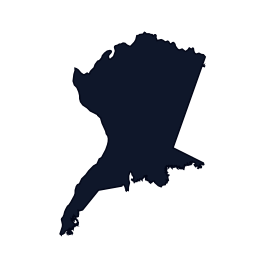 Barrancabermeja, Santander, Colombia (Robinson projection), rotated 345°
{"feature_id": "7082276B38592891469597", "entity_name": "Barrancabermeja", "entity_type": "district", "adm_level": 2, "iso_a3": "COL", "parent_name": "Colombia", "parent_adm1": "Santander", "projection": "robinson", "projection_center": [-73.914, 7.026], "detail": "fine", "context": "isolated", "style": "filled", "palette": "ink", "viewbox_px": 256, "rotation_deg": 345, "n_neighbors": 0, "source": "geoboundaries", "source_scale": "gbopen_adm2", "svg_char_len": 5850}
<svg xmlns="http://www.w3.org/2000/svg" viewBox="0 0 256 256"><g transform="rotate(345 128 128)"><path d="M211.7,68.0L211.1,67.6L210.1,68.2L209.2,68.1L207.9,66.6L206.3,68.0L203.7,69.0L202.8,68.6L200.7,65.8L198.4,66.0L197.4,65.8L196.2,64.6L194.9,61.1L195.0,59.2L194.2,57.3L193.1,57.1L191.6,57.9L190.8,57.9L190.0,57.0L189.6,55.3L188.9,54.4L186.2,54.6L184.2,52.2L182.9,51.3L178.7,51.1L178.3,47.9L179.0,46.0L178.7,45.1L177.9,44.9L175.9,45.7L175.4,45.2L175.7,44.5L175.4,44.0L174.2,43.7L172.7,42.5L170.1,41.9L169.3,40.5L168.6,39.9L166.8,41.3L163.3,40.8L162.0,41.4L160.5,41.1L158.5,44.8L156.5,46.8L151.7,49.8L150.3,49.3L148.2,47.4L147.0,45.5L145.2,44.7L143.0,45.2L141.3,44.8L139.3,45.4L137.1,45.4L136.3,45.8L135.9,46.7L135.9,50.4L133.3,54.3L132.5,55.3L128.7,57.1L127.7,56.7L127.3,54.3L128.3,52.5L131.1,50.7L131.7,49.7L131.4,48.9L130.5,48.5L127.8,48.4L124.7,49.7L122.1,51.5L120.8,53.5L118.6,55.1L117.2,55.8L116.6,55.5L115.8,55.8L112.8,58.2L110.9,61.0L107.2,63.1L105.7,64.4L104.9,65.7L104.3,66.0L102.7,64.4L99.7,65.3L98.5,64.9L96.6,62.6L94.9,59.0L93.5,57.4L92.3,56.6L91.8,58.9L89.8,62.1L87.2,68.5L87.4,72.5L89.2,75.6L89.9,80.3L89.8,84.0L89.0,87.4L89.0,90.4L90.4,94.0L93.9,98.0L96.0,101.7L102.5,107.5L102.1,108.0L104.2,111.2L104.3,116.7L105.7,125.1L105.6,128.0L106.5,130.4L106.4,133.1L105.5,136.0L104.0,138.9L100.9,143.4L94.9,149.8L92.2,150.5L88.8,154.8L84.9,155.8L79.0,159.3L75.2,162.4L70.2,165.2L66.7,169.4L64.5,169.8L63.0,171.1L61.0,174.4L60.1,177.5L58.9,179.4L53.5,185.1L50.9,187.3L49.4,187.9L47.0,190.4L45.2,192.7L43.8,195.3L42.3,197.2L40.6,198.3L40.1,199.2L39.9,204.1L39.3,206.1L35.0,212.7L35.8,213.9L35.9,213.4L37.5,213.6L39.7,212.8L40.3,211.7L41.5,211.1L42.8,211.3L44.9,210.2L45.2,210.4L44.9,210.9L44.2,211.1L44.6,211.2L44.6,211.6L43.9,211.6L43.5,212.1L43.8,212.1L43.7,213.0L43.0,213.4L42.8,213.2L42.6,213.2L42.8,213.5L42.2,213.7L42.5,213.9L42.2,214.7L42.7,214.6L42.8,214.0L43.6,213.5L44.3,214.5L44.0,214.7L44.8,215.2L44.3,215.5L44.5,215.5L44.3,216.1L44.7,215.5L46.5,215.2L46.6,214.8L46.7,215.7L47.2,215.2L46.8,214.2L46.5,214.0L46.3,214.5L45.5,214.8L44.8,214.3L44.5,213.6L44.7,212.4L45.0,212.9L45.2,212.6L45.3,213.3L45.6,213.6L45.3,212.6L45.0,212.3L45.8,212.5L45.4,211.9L45.8,211.3L45.9,211.7L45.8,211.0L46.2,211.6L46.2,210.5L46.6,210.5L46.7,211.4L46.8,210.9L47.1,211.2L47.5,211.2L46.9,210.4L47.8,210.8L47.8,210.5L48.5,209.9L48.5,210.9L48.8,210.7L48.9,211.3L49.2,210.7L48.9,210.7L48.8,209.8L49.3,210.0L48.9,209.6L49.7,208.9L49.9,209.1L50.2,208.2L50.0,209.2L51.3,208.9L51.1,208.3L51.3,207.8L51.8,207.9L51.7,208.4L52.4,208.0L52.2,208.6L52.9,208.1L53.3,208.7L53.0,208.8L53.9,209.1L53.2,208.0L53.9,208.0L53.8,207.8L54.6,207.0L55.0,207.4L55.1,206.7L56.0,206.8L55.3,206.4L55.3,205.5L53.8,207.2L52.8,207.3L52.6,206.6L52.5,207.3L51.7,207.1L50.9,206.0L51.2,205.4L50.9,205.8L50.7,205.6L50.4,203.5L49.4,202.5L49.5,202.2L49.7,202.8L49.8,202.4L50.4,202.9L49.6,201.6L49.8,201.3L50.1,201.6L49.9,201.0L50.5,201.4L51.0,200.9L51.2,201.2L50.8,201.5L51.2,201.5L51.1,201.8L51.5,201.3L51.1,202.5L51.7,203.3L51.7,201.7L52.3,202.9L52.5,202.7L52.0,201.3L53.3,201.9L54.0,202.7L55.0,205.0L54.9,203.3L53.9,201.7L53.6,201.8L53.4,201.0L53.0,201.3L51.6,200.2L51.6,199.6L52.1,199.4L52.1,199.1L53.3,199.4L53.4,198.6L54.2,199.9L55.0,200.6L57.0,200.5L57.7,198.7L57.2,198.8L57.6,198.5L57.0,198.1L57.7,198.3L57.7,197.5L58.1,197.4L58.2,196.3L57.5,196.0L58.6,196.0L58.5,194.6L60.2,195.3L62.9,195.3L83.4,180.4L107.0,182.4L107.9,181.4L108.7,181.4L109.5,182.1L110.1,184.2L109.9,185.2L110.4,185.9L109.8,187.4L110.1,188.4L111.4,187.7L112.1,188.3L113.0,185.2L115.2,181.3L115.2,178.0L116.2,174.2L118.3,171.1L119.4,170.6L120.1,172.1L119.9,174.4L120.4,175.0L120.5,175.8L121.0,176.7L120.5,178.1L119.9,178.8L119.2,179.0L118.4,178.5L118.1,179.0L119.0,180.1L119.8,179.9L120.0,182.1L120.8,181.6L122.8,181.9L122.8,181.1L123.4,181.1L123.9,180.5L124.6,181.6L125.6,181.8L125.7,180.5L126.0,180.3L127.5,180.8L128.1,181.9L128.5,180.6L129.9,180.1L131.0,178.7L131.4,178.6L131.5,179.6L132.0,180.0L132.4,179.8L132.8,178.6L133.4,178.6L133.9,179.3L132.1,180.8L131.7,182.6L132.1,182.8L133.1,182.1L133.1,183.7L134.4,184.1L134.6,185.7L135.3,186.6L135.5,185.6L136.0,185.8L136.4,186.7L138.4,185.8L139.8,186.2L139.7,187.4L141.3,189.8L142.4,191.5L144.8,193.3L146.3,192.0L149.3,192.3L150.3,190.6L151.2,191.1L152.1,190.1L151.4,189.2L151.6,188.1L152.3,188.9L153.1,188.2L153.1,189.1L153.4,189.0L153.5,186.1L154.0,184.7L155.8,183.9L153.4,183.8L153.7,183.1L153.5,182.6L154.2,181.4L153.8,181.2L152.9,181.8L152.4,180.5L153.3,180.1L154.1,180.4L153.0,178.5L153.3,178.2L154.2,178.8L154.3,178.2L153.6,177.4L155.1,177.5L154.9,176.7L153.9,176.6L154.5,175.9L154.1,175.4L154.7,175.0L155.6,175.3L155.7,174.7L156.4,175.2L157.2,174.9L156.8,176.1L157.0,176.9L158.2,175.6L158.9,175.3L159.8,175.5L159.1,176.2L160.2,178.2L161.1,175.7L161.5,176.0L161.3,177.0L162.0,177.8L162.4,177.8L163.0,176.9L163.2,177.5L163.9,177.8L164.0,176.8L165.1,176.8L165.3,177.3L165.2,179.7L165.7,180.2L166.0,178.7L167.1,179.1L167.2,177.4L167.7,178.9L167.5,180.5L168.0,180.7L168.0,179.7L168.5,179.9L168.1,181.3L168.9,180.3L169.3,180.6L169.9,180.4L169.7,181.2L170.3,181.3L171.2,182.3L171.5,181.9L171.4,180.9L172.0,180.7L172.6,179.1L173.4,179.2L173.0,178.5L173.2,178.1L175.6,179.2L176.2,177.7L177.1,179.6L177.9,179.3L179.3,179.6L179.9,179.2L179.9,178.8L179.1,178.2L179.0,177.2L179.7,176.9L180.7,178.3L181.4,177.0L182.1,177.8L183.4,178.3L184.1,179.3L184.0,180.2L182.6,180.5L182.7,181.5L183.5,182.9L184.8,182.0L185.5,182.7L185.9,184.0L185.0,184.9L185.3,185.2L185.9,184.9L187.3,182.9L187.4,185.0L188.5,185.2L188.9,184.5L188.4,182.6L189.0,181.8L190.0,181.7L190.3,182.5L191.1,183.0L191.7,182.9L191.7,181.3L166.3,158.8L215.2,87.7L216.5,87.4L217.0,88.0L217.6,87.8L217.8,88.2L218.0,87.9L216.8,87.3L217.2,86.9L216.4,87.1L216.0,86.6L221.0,79.3L219.8,76.8L217.7,75.9L215.9,74.2L212.9,74.3L211.6,72.8L211.4,70.6L211.7,68.0Z" fill="#0f172a" stroke="#020617" stroke-width="1.5"/></g></svg>